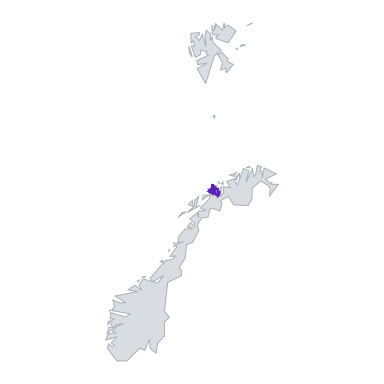 Tromsø nor, Troms, Norway shown in context
{"feature_id": "86288312B12055584821312", "entity_name": "Tromsø nor", "entity_type": "district", "adm_level": 2, "iso_a3": "NOR", "parent_name": "Norway", "parent_adm1": "Troms", "projection": "orthographic", "projection_center": [18.78, 69.672], "detail": "fine", "context": "in_parent", "style": "filled", "palette": "violet", "viewbox_px": 384, "rotation_deg": 0, "n_neighbors": 0, "source": "geoboundaries", "source_scale": "gbopen_adm2", "svg_char_len": 8356}
<svg xmlns="http://www.w3.org/2000/svg" viewBox="0 0 384 384"><path d="M228.6,196.4L220.6,200.6L222.0,203.3L220.0,211.0L210.5,207.9L208.1,217.1L201.5,218.0L197.4,225.1L198.8,231.0L192.6,242.3L186.6,244.7L185.3,257.4L179.0,268.1L181.7,270.2L181.2,275.8L167.7,282.3L164.5,311.1L169.3,317.2L164.4,322.1L164.6,336.0L157.5,343.1L156.1,353.2L150.2,348.5L149.4,339.4L144.7,350.4L140.0,348.1L126.7,360.9L117.0,361.0L107.2,348.0L108.8,343.9L112.2,346.8L114.6,345.3L111.2,343.1L116.6,337.0L105.7,339.9L108.4,334.0L115.9,332.8L112.3,331.4L116.5,326.5L123.7,323.6L116.9,324.8L107.2,333.7L109.0,327.1L112.8,327.4L109.6,321.7L114.2,318.9L110.1,318.8L110.6,312.6L125.3,317.0L130.1,313.9L111.8,310.5L114.4,306.4L112.8,299.8L120.2,302.9L125.6,302.7L115.2,296.0L137.6,291.5L128.1,289.9L134.9,285.3L141.6,290.4L139.1,285.0L143.1,278.9L157.7,283.2L163.5,275.5L153.0,281.8L150.1,278.3L165.4,260.6L172.2,259.4L175.2,256.0L170.1,256.4L176.9,246.6L175.5,244.2L183.6,241.8L177.8,242.4L178.9,236.1L185.0,229.2L192.9,228.4L187.2,227.0L190.6,222.5L194.1,226.2L194.8,223.5L189.8,218.8L197.2,212.7L198.7,218.1L198.4,211.3L206.2,209.9L200.3,208.1L209.4,198.6L210.3,193.7L213.6,196.2L212.3,193.4L218.0,188.5L217.9,194.4L221.4,186.3L220.4,195.7L223.8,192.8L223.0,186.7L230.3,187.6L226.7,181.6L233.5,179.1L237.5,184.9L243.4,168.4L248.8,170.8L246.2,182.1L252.3,168.9L253.7,176.6L255.6,174.7L257.4,165.4L261.6,166.6L259.8,171.5L261.7,171.4L262.3,177.9L264.1,167.9L276.3,173.9L265.6,179.0L271.5,184.3L278.3,184.4L269.5,196.0L270.3,188.8L268.8,185.9L260.5,181.0L252.4,188.0L251.9,199.0L248.0,205.6L233.6,204.8L228.6,196.4ZM206.4,30.2L210.6,34.1L210.0,40.5L212.1,37.1L212.9,42.4L221.1,50.2L214.3,55.9L205.7,83.5L197.1,68.7L207.1,63.2L197.8,64.7L196.8,60.6L208.2,55.3L206.0,53.9L207.1,51.5L200.8,50.3L200.3,54.9L195.4,57.3L191.2,45.8L194.2,46.1L193.6,40.8L191.1,43.0L190.9,33.3L199.3,32.6L199.8,34.2L195.7,36.8L199.3,40.6L202.3,34.3L205.9,46.6L205.0,35.3L206.4,30.2ZM215.6,23.8L222.6,30.1L224.0,23.5L224.9,24.2L224.6,27.8L227.8,25.0L236.0,30.9L228.2,42.8L217.0,38.9L215.7,37.3L218.7,34.8L213.0,34.8L211.7,32.2L213.4,30.5L210.9,28.9L214.7,29.3L214.2,26.0L215.7,27.6L215.6,23.8ZM221.8,52.4L228.0,58.9L227.2,61.4L233.3,64.5L226.9,72.4L225.6,71.9L226.2,68.2L220.4,69.9L222.5,62.7L217.7,54.4L221.8,52.4ZM196.0,207.4L200.6,205.2L187.1,212.7L194.1,206.5L194.9,199.9L198.6,196.5L196.0,207.4ZM203.4,195.3L209.3,194.9L202.2,199.8L203.4,195.3ZM209.3,191.7L217.6,185.2L213.2,192.1L209.3,191.7ZM188.7,46.2L191.6,53.8L192.1,57.0L189.5,53.1L188.7,46.2ZM192.4,200.4L193.0,206.4L188.3,204.6L192.4,200.4ZM236.9,171.9L234.1,176.4L229.7,174.9L234.6,173.7L236.9,171.9ZM237.7,175.0L236.7,180.1L234.7,178.8L237.7,175.0ZM181.6,212.7L186.4,211.7L180.9,215.2L181.6,212.7ZM251.8,23.4L246.8,25.9L251.9,23.0L251.8,23.4ZM241.9,44.6L245.6,45.0L240.4,46.6L241.9,44.6ZM246.1,167.7L249.1,166.3L250.2,167.1L246.1,167.7ZM239.7,173.5L239.3,176.3L238.2,174.0L239.7,173.5ZM223.0,181.8L223.0,184.5L221.7,183.6L223.0,181.8ZM214.8,115.4L214.5,118.0L213.2,116.0L214.8,115.4ZM238.1,49.4L236.4,49.2L236.1,48.3L238.1,49.4ZM162.4,260.2L163.1,262.5L160.3,261.6L162.4,260.2ZM217.5,181.4L219.1,182.3L220.1,183.9L217.5,181.4ZM211.9,25.6L212.5,27.3L211.5,26.7L211.9,25.6ZM144.8,277.5L141.3,277.2L145.1,276.5L144.8,277.5ZM139.3,280.2L137.8,281.8L137.3,280.8L139.3,280.2ZM180.1,215.7L178.3,217.7L180.4,214.3L180.1,215.7ZM108.8,322.4L107.8,325.1L108.3,321.3L108.8,322.4ZM174.2,244.5L173.6,242.7L174.6,242.9L174.2,244.5ZM271.8,181.7L271.8,183.8L271.6,183.5L271.8,181.7ZM174.9,246.3L173.0,246.4L175.3,245.9L174.9,246.3ZM169.2,249.7L169.1,251.4L168.3,250.7L169.2,249.7ZM110.4,310.0L109.2,311.6L109.7,310.2L110.4,310.0Z" fill="#d9dde1" stroke="#a8b0b8" stroke-width="1"/><path d="M220.0,191.9L219.6,191.9L219.2,191.7L218.7,191.6L218.3,191.6L218.4,191.8L218.4,191.7L218.5,191.9L218.4,192.1L218.2,192.4L218.4,192.8L218.2,193.0L218.3,193.3L218.0,193.8L217.9,194.1L217.9,194.3L218.0,194.5L217.9,194.5L217.7,194.3L217.1,194.9L216.8,195.0L217.1,194.8L217.4,194.3L218.0,193.5L217.8,193.2L217.8,192.7L218.1,192.1L218.1,191.9L218.2,191.6L218.2,191.4L218.3,191.0L218.1,190.8L217.8,190.7L217.8,190.8L217.7,190.8L217.7,190.7L217.5,190.8L217.7,190.7L217.8,190.8L217.8,190.7L218.0,190.1L218.1,189.7L218.0,189.3L217.9,189.3L218.2,189.0L218.3,188.5L218.0,188.3L217.4,188.7L217.1,188.6L216.4,189.0L215.8,188.9L215.4,189.2L215.3,189.5L215.0,189.4L214.9,189.7L214.8,190.0L214.7,190.4L214.4,190.7L214.4,190.9L214.4,191.0L214.1,191.3L214.0,191.7L214.1,192.4L214.2,192.7L214.4,192.8L214.5,192.7L215.2,192.3L215.3,192.2L215.3,192.4L215.7,193.0L215.3,192.4L215.1,192.5L214.8,192.6L214.6,192.8L214.4,193.1L214.5,193.2L214.3,193.1L214.3,193.4L214.5,193.6L214.9,194.2L215.1,194.6L215.4,194.8L215.5,194.6L215.4,194.6L215.3,194.3L216.1,193.9L216.3,194.0L216.4,194.3L216.3,194.7L216.2,194.7L216.4,194.9L217.0,195.6L217.3,195.4L217.5,195.5L217.6,195.8L217.8,196.0L218.0,196.0L218.0,196.3L217.9,196.6L218.5,196.3L218.4,195.8L218.6,195.5L219.1,195.1L219.2,194.8L219.1,194.3L219.2,193.7L220.0,192.5L220.0,192.2L220.0,191.9ZM213.1,187.3L212.9,187.4L213.0,187.6L212.7,187.3L212.4,187.7L212.5,187.9L212.7,188.1L212.9,188.5L213.2,188.6L213.1,188.8L212.9,188.8L213.1,189.0L212.9,189.0L212.8,189.6L212.8,189.9L212.6,190.1L212.7,190.3L213.0,190.4L212.9,190.5L212.5,190.4L212.4,190.2L212.5,189.9L212.4,189.7L212.3,189.3L212.5,189.2L212.4,189.1L212.5,188.7L212.4,188.6L212.1,188.6L211.8,188.7L211.9,188.9L211.6,189.3L211.6,189.5L211.6,189.1L211.5,188.9L211.1,189.0L211.2,188.8L211.0,188.7L210.6,189.0L210.7,189.6L210.7,189.9L211.9,190.0L212.3,190.2L212.2,190.3L211.2,190.2L210.8,190.4L210.0,190.0L209.9,190.2L210.1,190.5L210.1,190.8L210.2,191.0L210.4,191.3L210.6,191.4L211.1,191.1L210.6,191.6L210.5,192.0L210.5,191.7L210.4,191.6L210.4,191.4L210.2,191.3L209.8,191.2L209.5,191.5L209.4,191.4L209.2,191.4L209.3,191.4L209.2,191.5L209.3,191.6L209.1,191.6L209.0,191.8L209.0,192.0L209.0,192.3L209.0,192.2L209.1,192.4L209.3,192.5L209.5,192.4L209.8,192.8L210.1,193.0L212.0,192.5L212.3,192.1L212.6,192.4L212.9,192.4L213.3,192.0L213.3,191.7L213.4,191.8L213.5,191.7L213.4,191.6L213.3,191.2L212.9,191.3L212.9,191.2L213.1,190.7L213.6,190.4L213.8,190.2L214.0,190.1L214.1,189.8L214.1,189.7L214.4,189.6L214.6,189.1L214.4,188.5L214.2,188.1L213.9,188.2L213.7,188.1L213.5,187.9L213.2,188.0L213.2,187.9L213.4,187.8L213.4,187.7L213.3,187.4L213.1,187.3ZM213.3,185.6L213.3,185.8L213.5,186.0L213.8,186.0L213.7,186.1L213.5,186.4L213.4,186.3L213.5,186.4L213.5,186.5L213.3,186.2L212.9,186.1L212.8,186.3L212.8,186.5L213.0,187.0L213.7,187.3L213.8,187.6L214.0,187.6L213.9,187.7L214.0,187.8L214.4,188.1L214.5,188.4L214.6,188.5L214.8,188.8L215.6,188.7L216.1,188.3L216.1,188.0L215.7,187.6L215.6,187.8L215.2,187.9L215.0,187.6L214.9,186.9L214.7,186.8L214.6,187.0L214.4,186.9L214.6,186.1L214.2,185.7L213.9,185.9L213.7,185.6L213.3,185.6ZM213.9,193.8L213.8,193.4L213.6,193.6L213.5,193.4L213.7,193.2L213.7,192.9L213.6,192.7L213.6,192.4L213.4,192.3L213.1,192.6L212.2,192.7L211.6,193.0L212.1,193.5L212.6,193.7L212.7,194.1L213.9,193.8ZM212.6,184.6L212.5,184.8L212.5,185.0L212.8,185.1L212.7,185.2L212.6,185.3L212.6,185.5L212.8,185.7L213.0,185.5L213.0,185.4L213.1,185.1L213.3,185.0L213.2,184.7L212.6,184.6ZM214.4,190.0L214.2,190.2L213.8,190.4L213.8,190.5L213.8,191.0L213.9,191.3L214.1,191.1L214.1,190.9L214.2,191.0L214.2,190.9L214.2,190.7L214.5,190.2L214.4,190.0ZM212.2,187.8L211.7,187.7L211.7,187.8L211.4,187.9L211.3,188.1L211.4,188.3L211.5,188.3L211.8,188.2L212.0,188.3L212.2,188.1L212.2,187.9L212.2,187.8ZM209.5,190.4L209.3,190.5L209.7,190.7L209.4,190.7L209.5,190.9L209.4,191.0L209.6,191.0L209.9,190.8L209.9,190.6L209.5,190.4ZM210.2,189.2L209.9,189.4L209.8,189.5L210.1,189.8L210.3,189.8L210.3,189.7L210.2,189.2ZM212.0,184.7L211.8,184.7L211.8,184.9L211.8,185.0L212.0,185.1L212.0,184.9L212.0,184.7ZM213.5,190.7L213.3,190.8L213.1,190.8L213.3,191.0L213.4,190.9L213.5,190.7ZM209.8,190.1L209.7,190.2L209.8,190.4L209.8,190.1ZM209.5,189.5L209.3,189.5L209.2,189.5L209.5,189.7L209.5,189.5ZM208.8,191.0L208.7,191.1L208.8,191.2L209.0,191.2L208.9,191.2L209.0,191.1L208.9,191.1L209.0,191.0L208.8,191.0ZM209.7,189.0L209.7,189.3L209.8,189.3L209.8,189.2L209.7,189.0ZM213.0,192.5L212.8,192.5L212.7,192.5L213.0,192.6L213.0,192.5ZM208.5,191.3L208.3,191.4L208.6,191.5L208.5,191.3ZM211.2,187.9L211.1,188.0L211.3,188.2L211.2,188.1L211.2,187.9ZM211.8,185.9L211.7,185.9L211.7,186.0L211.9,186.0L211.8,185.9Z" fill="#8b5cf6" stroke="#5b21b6" stroke-width="1.5"/></svg>